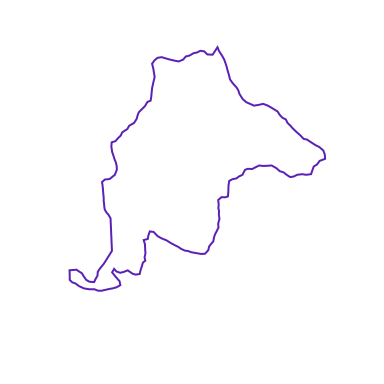 Cariacica, Espírito Santo, Brazil (orthographic projection), rotated 300°
{"feature_id": "56859067B75199105050238", "entity_name": "Cariacica", "entity_type": "district", "adm_level": 2, "iso_a3": "BRA", "parent_name": "Brazil", "parent_adm1": "Espírito Santo", "projection": "orthographic", "projection_center": [-40.463, -20.308], "detail": "fine", "context": "isolated", "style": "outline", "palette": "violet", "viewbox_px": 384, "rotation_deg": 300, "n_neighbors": 0, "source": "geoboundaries", "source_scale": "gbopen_adm2", "svg_char_len": 2661}
<svg xmlns="http://www.w3.org/2000/svg" viewBox="0 0 384 384"><g transform="rotate(300 192 192)"><path d="M330.1,141.7L321.2,141.2L318.8,136.5L319.9,132.2L318.5,128.7L315.1,126.4L313.2,124.1L308.9,121.6L306.3,118.9L302.2,118.1L298.4,115.2L296.6,109.9L295.3,105.4L293.6,98.3L290.9,95.0L287.3,93.7L283.1,93.3L279.5,96.8L273.0,102.1L268.4,103.5L262.3,105.4L258.0,107.3L254.3,109.0L250.5,110.5L247.7,108.4L242.8,108.3L238.7,107.2L234.6,106.1L231.5,106.5L227.7,107.5L222.9,107.3L218.0,104.5L214.1,104.5L211.3,103.0L208.6,101.7L205.3,102.1L202.0,101.1L197.8,100.3L194.9,97.6L190.9,99.5L186.6,103.0L184.1,105.9L181.4,108.8L179.6,111.2L177.2,113.5L173.9,115.7L168.3,116.6L162.1,114.2L159.2,110.3L155.6,109.1L153.3,111.0L149.6,113.7L145.9,116.2L142.9,118.4L140.2,119.9L137.9,121.7L135.5,123.3L133.2,125.2L131.5,128.1L130.5,131.1L128.5,134.6L101.0,152.1L90.2,151.7L85.7,151.5L79.3,150.5L75.8,150.3L72.3,152.0L68.3,152.0L65.1,152.3L63.0,148.1L63.0,144.3L65.0,140.1L66.5,137.5L66.7,134.3L66.9,130.8L63.0,125.1L58.6,127.8L54.7,130.1L53.9,133.5L54.5,136.9L54.0,141.3L54.5,146.6L56.4,151.7L59.0,156.2L59.6,160.2L61.4,163.2L64.6,166.6L66.8,169.0L68.8,171.4L71.6,174.2L75.5,176.5L78.5,173.9L79.6,170.7L81.1,166.4L82.5,163.0L86.5,163.0L85.4,166.2L86.1,170.2L88.7,172.9L92.0,175.5L91.5,181.5L92.3,184.5L94.8,187.7L98.3,186.6L102.2,185.8L106.3,184.8L109.2,185.9L111.7,183.6L115.5,182.4L119.6,179.7L123.2,177.4L126.2,174.2L129.3,177.2L132.3,176.0L136.8,175.2L138.2,178.7L136.6,184.2L136.6,188.6L137.4,194.1L137.2,198.9L137.3,203.3L137.6,207.5L137.3,210.9L137.7,215.2L138.9,218.0L139.5,221.6L141.4,226.7L142.8,230.7L145.0,234.1L149.7,235.2L153.4,234.1L156.9,234.5L159.7,235.2L163.3,233.9L166.2,233.2L169.7,233.0L174.5,232.7L177.6,230.5L182.5,229.2L185.9,226.5L188.8,225.1L191.3,222.8L194.2,221.6L198.1,218.7L202.3,220.1L203.9,223.3L206.1,225.3L209.7,223.7L215.8,220.4L220.2,218.7L223.3,220.6L226.0,223.7L228.8,224.8L232.1,227.1L237.6,226.8L239.9,228.6L242.0,232.6L245.7,235.0L248.5,236.9L250.3,240.9L252.6,244.5L254.8,247.7L254.8,253.4L253.9,257.6L254.8,261.5L254.2,265.6L254.0,269.5L256.2,272.3L259.5,274.5L262.5,278.5L264.0,282.3L267.0,286.2L271.4,285.3L275.0,284.7L278.3,286.5L282.8,287.0L287.3,290.7L290.8,288.3L293.6,285.0L294.6,279.5L294.3,275.4L294.6,270.5L294.9,265.3L293.8,262.1L295.2,257.6L296.3,252.2L297.4,247.6L298.5,244.4L299.6,240.2L301.8,236.9L301.5,233.4L302.6,229.5L304.5,225.9L304.7,220.0L304.7,214.2L303.9,209.5L301.3,206.8L297.8,202.5L296.9,194.1L297.8,189.6L300.5,184.3L303.3,181.1L304.8,178.3L306.7,172.5L308.6,168.5L311.6,165.7L316.1,161.0L318.3,158.9L322.7,153.8L324.9,150.2L327.6,144.9L330.1,141.7Z" fill="none" stroke="#5b21b6" stroke-width="2"/></g></svg>